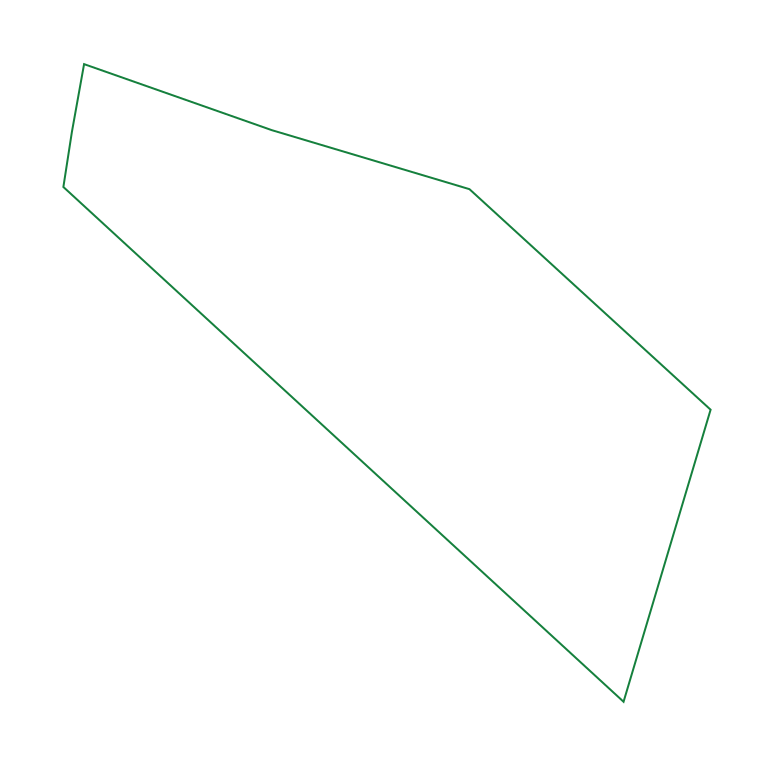 an SVG outline of Nibok, rotated 182°
{"feature_id": "NRU-4974", "entity_name": "Nibok", "entity_type": "state/province", "adm_level": 1, "iso_a3": "NRU", "parent_name": "Nauru", "parent_adm1": "", "projection": "albers", "projection_center": [166.924, -0.513], "detail": "fine", "context": "isolated", "style": "outline", "palette": "green", "viewbox_px": 768, "rotation_deg": 182, "n_neighbors": 0, "source": "natural_earth", "source_scale": "10m", "svg_char_len": 259}
<svg xmlns="http://www.w3.org/2000/svg" viewBox="0 0 768 768"><g transform="rotate(182 384 384)"><path d="M56.7,369.7L133.5,74.8L711.3,569.7L704.7,625.1L694.9,693.2L505.1,633.8L305.4,581.7L56.7,369.7Z" fill="none" stroke="#15803d" stroke-width="2"/></g></svg>